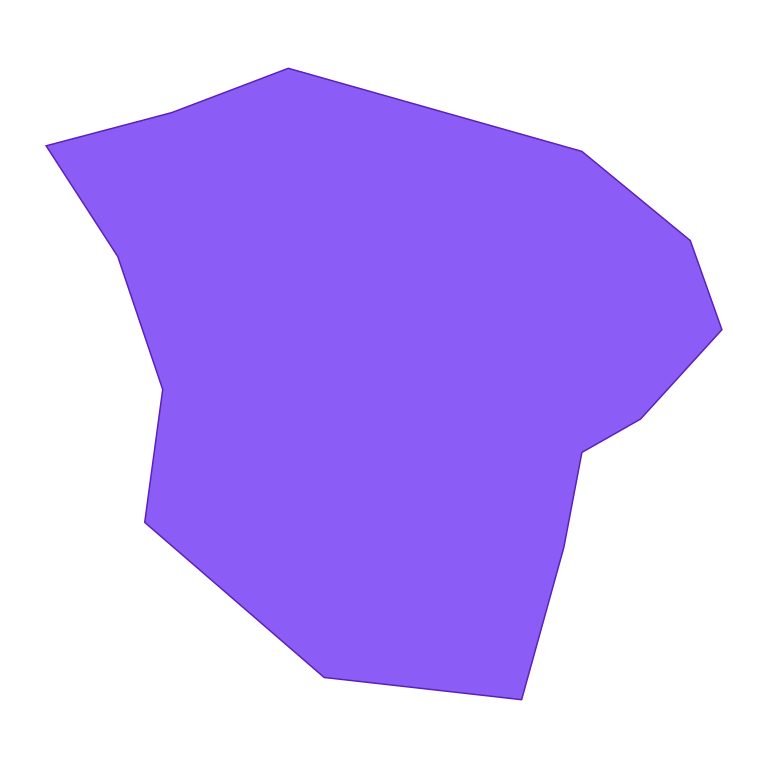 the border of Birkirkara
{"feature_id": "MLT-5939", "entity_name": "Birkirkara", "entity_type": "state/province", "adm_level": 1, "iso_a3": "MLT", "parent_name": "Malta", "parent_adm1": "", "projection": "orthographic", "projection_center": [14.465, 35.893], "detail": "fine", "context": "isolated", "style": "filled", "palette": "violet", "viewbox_px": 768, "rotation_deg": 0, "n_neighbors": 0, "source": "natural_earth", "source_scale": "10m", "svg_char_len": 309}
<svg xmlns="http://www.w3.org/2000/svg" viewBox="0 0 768 768"><path d="M46.1,145.8L171.7,112.6L288.3,68.3L581.9,151.4L690.3,240.6L721.9,329.7L640.6,419.0L581.9,452.4L563.9,547.2L521.6,699.7L324.2,677.5L144.7,522.4L162.7,389.5L117.8,256.6L46.1,145.8Z" fill="#8b5cf6" stroke="#5b21b6" stroke-width="1.5"/></svg>